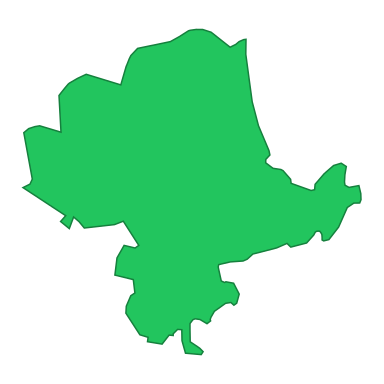 the district of Essex, Massachusetts, United States of America
{"feature_id": "52423323B80508488513851", "entity_name": "Essex", "entity_type": "district", "adm_level": 2, "iso_a3": "USA", "parent_name": "United States of America", "parent_adm1": "Massachusetts", "projection": "albers", "projection_center": [-70.899, 42.651], "detail": "fine", "context": "isolated", "style": "filled", "palette": "green", "viewbox_px": 384, "rotation_deg": 0, "n_neighbors": 0, "source": "geoboundaries", "source_scale": "gbopen_adm2", "svg_char_len": 1923}
<svg xmlns="http://www.w3.org/2000/svg" viewBox="0 0 384 384"><path d="M173.2,335.5L173.2,333.8L177.6,329.4L181.8,329.7L182.0,340.7L185.5,353.2L201.2,354.6L203.1,351.7L199.8,348.3L197.4,346.6L190.2,341.8L190.0,329.8L190.0,323.7L190.1,323.4L192.9,319.7L195.1,318.8L200.0,319.5L207.0,323.7L210.6,320.9L210.2,319.4L211.0,317.2L214.4,311.3L225.6,303.3L230.9,302.5L233.9,305.2L236.7,303.2L239.2,294.1L233.6,283.2L225.9,281.8L224.6,282.5L221.3,281.0L221.2,280.7L218.6,269.0L218.2,266.9L218.7,264.6L230.3,261.9L243.1,261.0L247.2,259.2L252.9,254.0L258.2,252.7L276.7,247.9L287.0,243.4L290.8,247.1L297.7,245.3L306.6,243.0L313.7,235.1L315.3,232.1L316.6,231.3L318.2,231.1L319.8,231.3L320.9,232.7L321.9,234.5L322.1,237.5L322.1,240.0L323.7,240.9L328.9,239.6L338.6,227.1L347.3,207.5L353.8,203.1L359.7,203.0L361.0,199.7L360.8,193.7L360.7,193.2L358.9,185.6L349.0,187.4L345.0,185.2L344.5,182.0L344.9,174.8L346.3,166.5L341.2,163.2L333.6,165.5L324.2,173.7L315.1,184.3L314.6,189.7L311.1,190.5L292.4,183.8L291.1,183.3L290.6,179.3L283.1,170.7L280.9,169.5L273.0,168.3L265.7,162.8L265.8,159.4L269.9,155.0L269.0,150.7L258.5,125.8L257.4,121.6L252.2,101.8L249.5,81.9L245.8,54.3L246.0,39.3L243.7,39.6L239.1,41.6L235.8,44.4L230.1,47.2L211.1,32.2L202.7,29.5L196.7,29.5L196.5,29.4L190.1,30.3L188.5,30.8L188.0,31.1L179.2,36.7L170.4,41.6L153.7,45.1L151.1,45.6L137.6,48.4L130.9,55.5L129.3,58.7L126.3,66.3L126.2,66.3L120.8,84.9L94.7,76.9L86.2,74.3L77.5,78.4L69.4,83.1L69.1,83.4L68.3,84.0L64.9,88.0L60.9,93.0L59.0,95.5L61.0,132.2L47.7,128.2L39.7,125.8L34.9,126.6L28.7,128.6L23.8,132.7L32.3,179.1L30.0,184.1L23.0,187.6L65.7,215.7L60.6,221.5L69.3,228.6L73.6,217.0L79.0,221.6L84.3,228.0L114.5,224.6L123.3,221.2L138.8,245.4L135.1,248.0L124.1,245.4L117.0,257.9L114.9,275.1L133.3,279.6L134.9,293.0L130.8,295.7L126.3,306.2L125.9,313.2L139.9,334.8L148.1,337.3L147.5,341.7L162.1,344.1L169.1,335.1L173.2,335.5Z" fill="#22c55e" stroke="#15803d" stroke-width="1.5"/></svg>